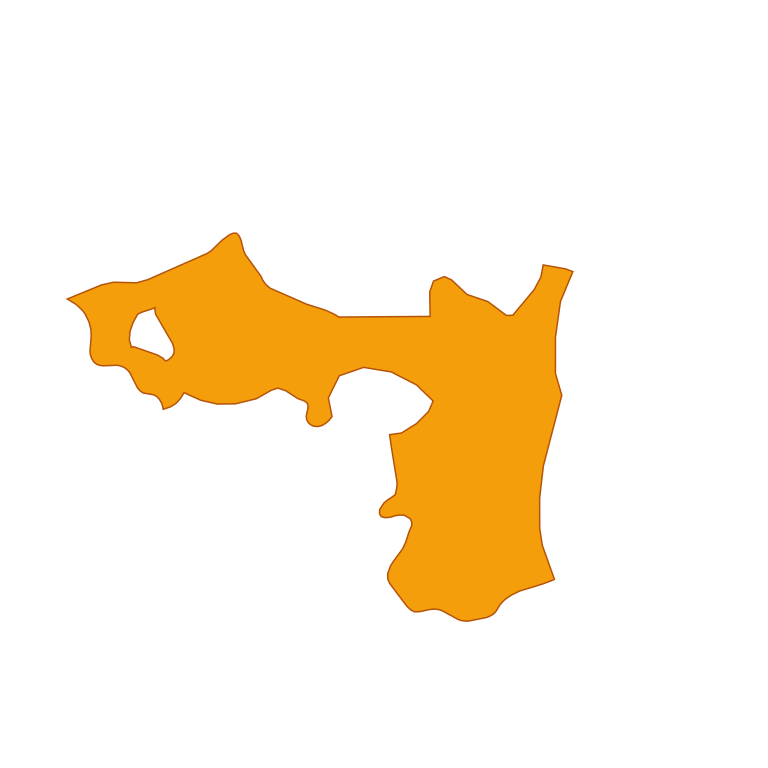 map outline of Rimini (Equal Earth projection), rotated 53°
{"feature_id": "ITA-5366", "entity_name": "Rimini", "entity_type": "Province", "adm_level": 1, "iso_a3": "ITA", "parent_name": "Italy", "parent_adm1": "", "projection": "equal_earth", "projection_center": [12.401, 43.955], "detail": "fine", "context": "isolated", "style": "filled", "palette": "amber", "viewbox_px": 768, "rotation_deg": 53, "n_neighbors": 0, "source": "natural_earth", "source_scale": "10m", "svg_char_len": 2523}
<svg xmlns="http://www.w3.org/2000/svg" viewBox="0 0 768 768"><g transform="rotate(53 384 384)"><path d="M433.9,373.0L432.7,364.7L427.1,355.0L404.2,358.6L383.6,368.6L378.9,370.8L375.1,374.4L370.7,378.6L358.5,390.2L350.5,414.8L354.0,421.7L361.6,436.8L378.7,445.1L379.9,449.5L380.3,454.1L379.8,458.6L378.0,462.7L375.5,465.5L372.5,467.1L369.2,467.7L365.9,467.2L362.7,465.3L357.9,459.7L355.2,457.4L352.2,456.9L349.3,458.0L343.8,461.6L330.3,466.5L323.4,471.2L321.2,477.6L318.9,494.9L310.4,514.6L299.7,529.2L286.6,540.2L270.6,548.9L273.2,555.6L274.3,561.9L273.7,568.4L271.3,575.6L268.9,574.3L265.2,573.1L261.2,572.6L257.2,573.0L253.9,574.5L246.3,581.7L242.8,582.9L238.8,583.2L221.9,580.2L217.7,580.5L214.1,581.7L210.9,583.6L208.4,585.9L200.4,597.4L198.0,599.9L195.1,601.7L191.4,602.5L187.3,602.0L183.5,600.7L180.3,598.6L170.0,589.4L164.2,585.3L156.7,582.2L148.4,580.6L143.9,580.5L135.4,581.9L125.5,585.8L134.9,549.8L140.0,538.7L154.3,520.7L158.5,509.9L173.4,446.2L173.6,441.8L171.7,427.0L171.8,417.4L172.9,413.4L174.9,411.0L177.8,410.6L179.9,410.8L183.2,411.7L193.2,415.9L197.3,416.9L224.1,417.4L228.2,418.4L233.2,418.5L238.9,417.3L273.5,397.9L289.7,386.4L298.2,381.8L303.4,379.7L357.8,306.5L337.9,292.0L331.6,282.5L334.5,271.2L341.5,267.4L362.5,263.8L380.8,251.4L402.9,245.0L406.6,239.8L399.1,207.5L393.0,194.3L384.7,185.2L401.4,169.7L407.9,165.5L424.3,193.4L449.8,218.9L478.7,240.7L500.0,248.8L545.3,306.0L568.8,328.4L593.1,346.6L608.0,354.6L642.5,365.4L642.4,366.6L639.4,377.0L631.0,400.2L629.4,408.3L629.0,412.8L628.9,416.9L629.4,421.0L630.3,424.7L632.9,431.3L633.6,434.9L633.2,438.6L632.3,442.4L624.4,458.8L622.3,461.7L619.9,464.2L616.9,466.4L600.5,473.8L597.5,475.7L594.9,478.3L592.8,481.2L591.1,484.2L588.0,491.1L586.2,494.2L584.1,496.9L580.2,498.7L575.0,499.5L546.9,499.5L542.1,498.4L537.8,495.3L533.2,488.3L531.3,483.3L526.8,468.2L523.4,461.9L517.2,453.1L513.7,447.0L510.9,444.9L507.3,444.1L501.0,446.8L498.1,450.3L496.0,454.2L494.7,457.9L493.1,461.1L491.0,464.0L488.3,466.0L484.9,465.7L481.6,462.9L479.0,455.6L478.8,450.3L479.1,445.5L479.1,441.6L474.8,436.5L470.9,433.0L438.5,415.9L427.8,410.0L433.6,399.7L434.5,389.5L435.2,381.9L433.9,373.0ZM202.6,563.6L202.5,563.0L204.3,561.0L224.3,547.6L230.5,545.0L233.0,544.9L233.8,544.6L234.4,544.0L234.8,542.5L234.9,540.7L234.6,537.2L234.1,535.7L233.5,534.3L232.8,533.1L231.8,532.1L229.5,530.4L224.4,528.5L190.8,524.4L185.9,521.7L185.4,521.0L180.9,534.2L180.0,538.7L183.9,547.4L189.0,555.0L195.3,560.7L202.6,563.6Z" fill="#f59e0b" stroke="#b45309" stroke-width="1.5"/></g></svg>